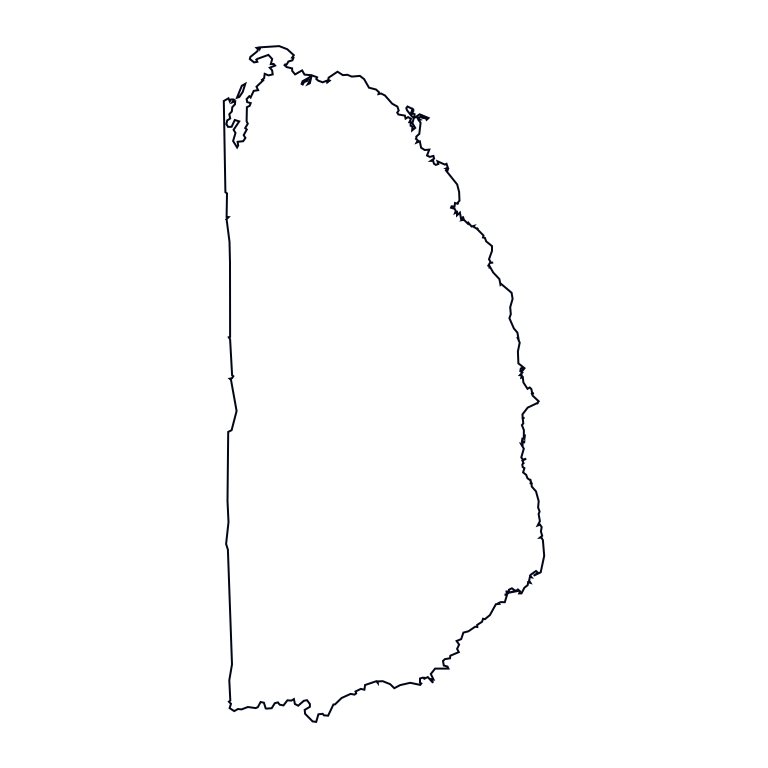 the district of Misamis Occidental, Misamis Occidental, Philippines
{"feature_id": "2640588B78942230860818", "entity_name": "Misamis Occidental", "entity_type": "district", "adm_level": 2, "iso_a3": "PHL", "parent_name": "Philippines", "parent_adm1": "Misamis Occidental", "projection": "albers", "projection_center": [123.731, 8.341], "detail": "fine", "context": "isolated", "style": "outline", "palette": "ink", "viewbox_px": 768, "rotation_deg": 0, "n_neighbors": 0, "source": "geoboundaries", "source_scale": "gbopen_adm2", "svg_char_len": 6018}
<svg xmlns="http://www.w3.org/2000/svg" viewBox="0 0 768 768"><path d="M305.1,713.8L312.6,721.4L316.2,721.9L318.4,714.3L322.7,713.8L323.9,715.3L328.1,715.7L333.4,704.5L335.0,704.4L341.6,698.0L350.6,693.9L354.5,694.6L356.2,693.4L355.5,691.5L360.8,688.9L364.4,689.7L365.1,685.0L376.4,681.2L377.8,683.0L377.7,681.4L382.8,681.2L390.2,684.2L394.3,688.2L400.2,685.1L410.2,682.8L420.2,684.9L421.3,683.5L420.0,682.6L420.0,678.5L423.0,677.6L424.5,678.6L425.1,677.0L424.8,678.3L427.7,677.3L427.2,676.4L433.0,682.8L431.7,679.2L433.5,679.5L430.8,674.0L435.1,668.6L448.4,668.6L447.5,666.6L443.8,665.5L443.0,660.9L445.0,659.1L450.0,658.3L450.3,655.7L458.8,652.1L457.1,648.9L459.1,644.6L456.6,641.0L461.2,639.1L463.4,632.6L468.4,631.3L475.2,626.7L477.3,627.0L477.2,624.9L482.0,621.8L483.1,618.7L484.9,619.2L489.9,615.1L495.9,604.2L499.2,603.9L498.6,603.1L500.6,602.1L504.8,602.2L507.0,594.9L505.5,594.9L504.7,594.6L506.9,594.3L506.5,591.5L508.8,591.4L509.0,589.7L511.9,588.3L514.3,590.1L516.3,590.8L517.1,590.1L517.6,590.5L508.2,592.7L507.5,593.2L507.2,594.1L508.4,592.8L518.3,590.9L518.4,589.9L520.1,591.4L519.2,593.4L521.5,593.4L524.4,587.7L527.7,585.1L528.1,582.2L530.5,582.9L529.1,580.6L529.9,577.0L531.5,577.3L530.1,575.6L530.9,574.6L536.0,571.0L538.0,572.8L533.6,575.7L540.7,572.3L544.2,555.9L542.9,540.2L541.5,537.6L539.9,537.7L542.2,535.8L540.9,531.5L541.7,527.1L540.0,524.6L537.7,525.5L539.9,521.1L538.6,514.0L539.6,511.6L538.1,507.4L538.7,501.2L536.0,491.4L531.8,486.6L531.5,483.7L529.8,483.1L531.5,483.0L530.2,480.1L531.3,479.4L530.1,480.1L527.5,478.3L526.2,474.9L523.1,472.4L524.4,468.1L522.7,467.1L522.3,464.8L523.0,463.2L523.9,463.9L522.4,460.6L526.2,458.7L522.8,459.6L521.3,457.4L523.8,448.7L521.2,444.2L522.6,444.8L522.6,442.2L524.2,442.3L524.3,441.3L521.9,441.7L522.4,438.6L524.4,438.9L524.8,435.9L523.8,436.4L523.9,430.2L521.9,425.1L523.3,423.4L522.7,418.3L524.5,417.8L522.6,418.0L522.5,414.3L527.7,407.6L537.2,403.1L538.1,404.0L537.3,403.0L538.7,401.3L532.7,395.7L531.9,393.7L534.0,393.3L532.3,393.4L531.3,389.0L529.7,387.5L527.5,388.8L523.4,382.5L522.8,377.2L521.3,377.7L521.8,375.5L519.9,375.2L522.3,372.6L520.3,371.2L520.8,368.5L522.1,367.9L523.0,369.5L521.9,371.5L524.5,368.2L518.4,363.4L517.9,351.4L519.7,342.7L517.2,336.9L518.4,338.3L517.4,332.6L513.9,328.5L509.4,318.2L510.8,314.2L510.2,307.2L512.6,298.9L511.6,292.8L500.9,283.7L501.0,284.3L500.5,284.8L499.4,279.1L493.2,272.5L489.9,266.7L489.3,268.5L489.6,266.4L488.3,265.7L489.9,262.9L493.2,262.6L491.0,262.7L489.0,259.3L492.0,250.9L492.0,246.1L486.2,241.4L484.9,237.9L483.0,237.5L483.5,235.5L477.1,229.0L478.2,227.9L477.1,228.9L473.3,226.6L473.9,225.9L471.6,226.5L468.4,222.8L468.0,223.8L464.0,219.9L462.4,220.1L463.7,219.1L462.8,216.4L462.9,218.9L461.1,219.2L459.9,212.6L457.0,215.3L457.0,212.1L455.0,213.1L455.8,210.9L454.6,208.8L451.0,207.7L451.6,206.3L454.5,206.6L455.0,203.0L458.5,204.0L457.4,203.2L459.5,200.6L459.1,191.9L457.2,184.5L445.4,169.8L447.4,170.8L448.1,168.8L446.2,168.4L447.8,167.6L446.5,163.8L444.9,164.6L437.5,161.3L438.3,164.0L435.8,164.9L433.9,163.6L433.2,160.9L430.8,160.9L434.1,158.6L433.4,155.9L429.8,156.9L427.0,155.5L429.3,149.6L424.7,150.0L421.1,147.7L419.8,141.3L416.6,142.6L417.8,140.5L415.3,138.3L416.4,138.8L416.3,136.6L419.3,133.9L420.6,122.7L418.6,120.1L420.2,119.7L416.9,117.8L418.5,118.4L420.6,116.5L422.5,118.0L421.3,116.2L422.4,116.0L423.0,117.9L425.9,118.3L426.6,119.8L428.5,118.0L419.6,114.3L416.9,116.2L417.9,117.4L416.0,116.8L414.0,118.1L414.6,114.2L412.9,113.3L411.8,114.3L412.5,112.3L411.4,112.2L412.2,110.0L412.7,111.6L413.4,110.9L413.2,109.3L407.5,106.5L406.3,108.1L407.1,110.4L410.9,115.2L409.9,113.4L411.1,113.1L411.2,115.6L413.8,118.1L412.4,123.2L415.2,127.9L412.2,130.3L412.5,126.7L410.6,125.7L410.6,121.8L409.5,122.0L411.0,118.8L408.1,117.1L405.6,118.6L404.9,115.6L398.4,114.5L397.2,112.6L398.7,110.5L397.4,106.6L392.2,103.7L385.0,95.5L381.1,93.5L378.5,94.1L379.0,92.2L376.0,89.5L369.0,87.7L364.1,79.1L359.9,75.9L351.8,76.6L347.4,74.8L342.8,75.1L337.5,71.7L328.6,77.7L328.3,79.8L329.7,80.6L327.2,82.5L326.8,80.7L322.7,82.3L318.3,80.7L316.3,79.0L317.1,77.3L311.7,75.3L309.8,83.3L307.8,84.2L310.0,80.7L308.8,79.3L307.4,79.8L307.7,78.8L307.0,79.9L307.3,80.8L304.0,82.2L302.7,84.5L301.6,83.9L302.6,81.2L309.9,77.1L309.9,75.1L304.5,74.6L302.1,70.4L295.1,74.4L292.2,70.9L292.1,68.4L286.4,67.0L285.3,64.7L285.0,64.7L284.7,65.5L284.1,65.9L285.0,64.5L286.8,64.3L288.4,61.5L292.4,60.3L293.4,58.0L292.1,57.7L293.8,55.2L287.2,49.2L279.2,46.1L260.6,47.3L259.8,48.9L259.4,47.4L256.6,47.9L258.1,49.3L257.3,51.3L250.4,56.9L249.8,59.0L254.1,62.4L257.3,61.8L256.3,59.6L257.6,58.8L268.4,54.9L272.2,59.0L270.8,64.1L273.7,64.0L275.1,65.6L269.8,67.7L272.1,70.3L272.7,74.4L268.6,75.4L264.7,73.8L264.1,78.3L261.9,79.9L262.2,80.5L263.1,80.2L263.2,80.3L256.5,86.7L258.1,90.2L253.7,90.9L250.6,97.5L249.3,96.2L246.6,99.1L247.2,102.1L250.7,103.1L249.7,105.8L246.9,107.2L246.6,121.3L247.8,123.7L245.2,128.1L246.8,129.5L243.7,135.1L245.4,138.0L243.2,141.2L237.6,141.8L238.2,145.5L237.1,147.5L233.1,141.0L235.5,133.0L233.6,129.8L239.2,121.4L234.8,120.0L231.6,126.8L228.1,126.9L226.4,124.2L227.2,120.4L230.2,118.5L229.3,114.2L231.8,111.5L232.3,107.1L235.0,104.3L235.2,101.4L232.2,102.4L234.1,99.8L233.2,99.4L230.9,99.5L229.8,101.4L228.5,98.3L223.8,101.0L225.4,192.2L227.0,193.4L226.6,216.9L228.6,217.1L225.6,220.0L226.6,219.4L229.5,241.7L230.0,262.2L230.1,336.9L228.8,337.3L230.1,339.3L232.1,375.3L233.3,376.2L232.0,378.2L229.7,378.7L231.0,379.9L236.6,411.0L231.6,430.2L228.2,431.9L227.5,500.9L228.5,522.1L226.1,544.0L227.9,549.7L232.0,664.4L229.3,680.2L230.3,700.5L228.9,701.7L231.0,703.8L229.6,708.1L234.2,711.1L238.0,709.0L241.5,709.4L247.9,707.0L255.7,708.1L257.8,707.2L260.6,702.0L263.9,702.7L265.7,708.4L266.9,708.6L271.7,708.2L274.8,703.2L277.9,702.4L279.7,704.7L283.5,705.4L287.4,700.3L291.4,700.6L293.9,699.1L294.9,704.0L298.2,705.7L303.8,700.8L307.0,700.2L309.9,704.0L309.9,706.8L304.7,709.9L305.1,713.8ZM245.3,83.8L241.8,85.8L237.0,97.7L239.3,97.0L242.7,92.0L245.3,83.8Z" fill="none" stroke="#020617" stroke-width="2"/></svg>